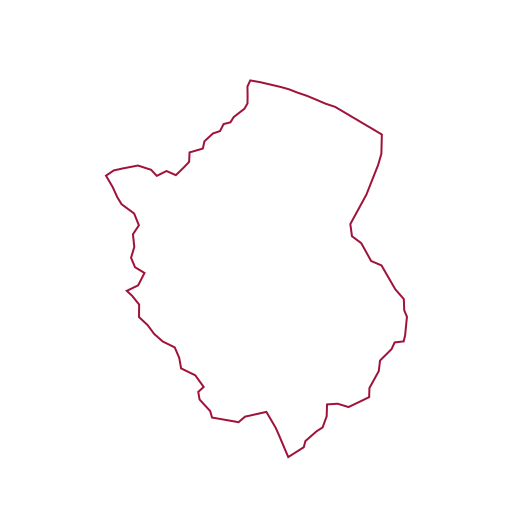 Tupanci do Sul, Rio Grande do Sul, Brazil (Natural Earth projection), rotated 295°
{"feature_id": "56859067B31441809180577", "entity_name": "Tupanci do Sul", "entity_type": "district", "adm_level": 2, "iso_a3": "BRA", "parent_name": "Brazil", "parent_adm1": "Rio Grande do Sul", "projection": "natural_earth1", "projection_center": [-51.538, -27.925], "detail": "fine", "context": "isolated", "style": "outline", "palette": "rose", "viewbox_px": 512, "rotation_deg": 295, "n_neighbors": 0, "source": "geoboundaries", "source_scale": "gbopen_adm2", "svg_char_len": 1298}
<svg xmlns="http://www.w3.org/2000/svg" viewBox="0 0 512 512"><g transform="rotate(295 256 256)"><path d="M412.7,176.6L406.0,176.6L397.6,180.7L390.7,183.8L384.6,183.3L372.6,177.1L366.3,176.3L361.9,170.9L354.0,170.6L348.9,165.2L338.2,160.8L330.9,162.4L321.8,152.0L313.1,155.6L305.6,153.1L295.4,149.2L295.2,139.0L286.7,132.2L289.8,124.5L288.1,110.8L278.8,97.9L273.4,90.9L265.4,86.1L257.8,97.1L250.7,105.4L246.1,112.3L243.0,127.6L234.3,136.9L223.7,135.3L212.7,141.9L201.6,143.5L194.7,151.1L193.5,162.1L179.6,161.6L169.8,153.6L167.6,160.5L162.6,170.6L151.2,175.8L147.5,187.1L142.3,196.7L139.1,207.6L138.8,221.0L131.2,229.5L122.5,235.6L122.2,251.4L115.2,263.9L108.4,261.1L102.1,265.5L96.1,280.0L91.0,284.4L98.0,310.4L105.8,314.0L119.1,331.3L108.5,346.6L103.8,352.0L87.4,370.2L102.9,380.1L109.2,379.0L122.8,385.0L128.8,388.8L140.6,387.8L151.5,383.1L156.6,392.4L158.2,403.7L175.9,418.2L184.3,414.6L203.6,415.9L213.7,412.6L228.9,418.2L236.3,418.2L241.0,425.9L247.0,424.7L264.7,418.5L269.4,413.3L279.4,408.2L284.7,396.3L300.5,373.7L300.1,362.5L312.1,346.0L314.5,334.6L324.8,328.0L358.3,330.1L390.3,328.2L401.7,326.4L419.3,318.7L424.6,264.7L423.4,254.2L423.1,244.4L422.7,234.4L421.6,224.6L421.0,215.3L419.7,207.3L417.7,197.7L415.3,186.3L412.7,176.6Z" fill="none" stroke="#9f1239" stroke-width="2"/></g></svg>